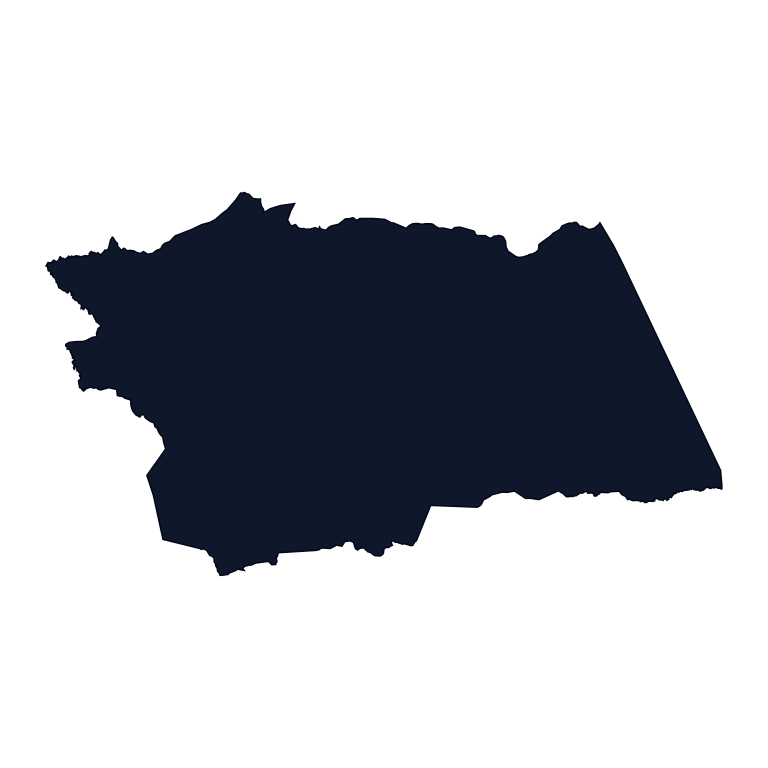 Mwingi East, Eastern, Kenya
{"feature_id": "3690345B72019855775224", "entity_name": "Mwingi East", "entity_type": "district", "adm_level": 2, "iso_a3": "KEN", "parent_name": "Kenya", "parent_adm1": "Eastern", "projection": "mercator", "projection_center": [38.382, -0.927], "detail": "fine", "context": "isolated", "style": "filled", "palette": "ink", "viewbox_px": 768, "rotation_deg": 0, "n_neighbors": 0, "source": "geoboundaries", "source_scale": "gbopen_adm2", "svg_char_len": 5980}
<svg xmlns="http://www.w3.org/2000/svg" viewBox="0 0 768 768"><path d="M599.9,222.8L598.8,224.5L594.1,228.3L590.0,229.4L588.0,229.2L582.3,226.2L579.8,226.3L576.7,222.6L574.1,222.3L573.7,223.1L569.6,223.1L565.9,224.2L565.0,225.0L564.0,225.0L562.0,226.0L559.9,229.5L553.0,233.4L550.6,236.0L539.8,243.8L538.9,244.9L538.5,249.6L536.3,252.0L531.9,254.2L529.5,254.4L527.5,255.6L522.0,257.2L518.3,257.4L515.7,256.5L507.9,251.1L506.1,247.0L505.5,241.1L503.6,237.4L502.2,236.3L498.5,235.4L497.0,236.0L494.1,236.1L492.0,237.7L489.8,238.3L485.4,235.6L477.3,235.6L475.2,234.0L474.7,232.0L473.8,231.0L459.7,227.1L454.7,227.6L452.5,229.4L451.2,229.8L442.8,228.0L439.1,228.3L435.7,226.5L433.0,224.3L431.1,223.8L425.3,223.7L422.3,224.3L417.0,223.4L412.6,223.8L408.6,225.9L406.4,228.4L393.5,223.0L391.5,222.8L384.8,219.4L373.6,218.5L359.7,218.5L358.1,219.7L355.8,220.1L354.1,218.2L352.8,217.7L349.4,218.7L345.4,218.9L338.7,224.2L331.2,226.0L328.4,227.6L326.2,230.0L324.4,230.0L320.4,228.7L319.6,226.9L318.4,229.1L317.7,229.2L316.5,228.1L315.0,227.7L309.0,229.4L308.4,229.0L305.7,229.4L304.1,228.5L301.0,228.7L298.1,227.8L295.6,224.6L291.0,226.0L287.5,219.9L290.9,210.6L294.6,203.6L280.3,205.6L270.3,208.7L264.2,212.4L263.4,209.2L261.6,206.5L260.6,202.5L260.4,198.9L258.9,199.2L252.9,198.5L248.9,194.2L246.6,193.9L244.8,192.6L243.8,192.6L241.8,193.4L240.8,192.9L240.3,193.4L235.7,200.1L227.1,209.9L222.2,213.5L215.5,219.4L210.2,222.3L201.8,224.6L191.1,229.7L175.1,235.9L169.8,241.5L165.3,243.1L163.0,244.8L160.6,248.9L156.1,250.6L153.1,253.1L147.8,254.3L143.4,251.5L140.6,253.4L137.0,252.7L133.7,250.8L130.6,250.4L126.9,250.7L124.8,248.7L123.5,248.3L121.6,250.5L117.7,246.3L117.4,243.3L115.6,241.7L113.1,237.6L112.3,237.2L110.6,240.0L108.4,248.7L107.2,250.2L105.0,250.0L102.8,252.9L100.7,254.7L99.8,254.6L98.3,252.9L97.6,252.7L97.3,253.3L95.8,253.6L94.5,252.6L92.4,252.3L91.2,251.5L89.2,253.4L89.5,255.3L87.0,256.1L85.0,255.5L83.6,256.2L81.2,256.6L80.2,257.3L79.7,256.4L76.7,255.8L76.0,255.8L76.7,256.8L76.0,257.2L74.9,256.4L73.0,256.7L71.6,256.1L70.3,257.4L68.9,256.2L68.2,256.4L69.1,257.6L66.6,258.0L66.7,258.7L65.4,259.4L63.4,258.3L61.8,258.6L60.6,256.9L60.0,256.9L59.1,258.9L59.8,259.8L58.5,260.1L56.2,262.0L54.7,260.6L53.4,260.2L52.9,261.5L51.8,262.0L51.5,262.8L47.9,262.6L46.1,266.0L47.5,266.4L48.1,270.4L48.7,271.0L49.9,270.5L50.8,273.2L50.5,274.0L51.0,274.5L52.0,273.9L52.8,276.4L55.2,278.4L56.2,281.0L56.1,282.1L57.6,283.6L58.8,287.7L61.4,288.9L63.0,290.5L64.4,290.6L67.5,293.0L68.2,292.7L69.1,290.2L70.4,291.9L72.1,292.0L71.2,293.1L71.3,295.1L71.7,295.4L72.7,294.8L73.4,296.0L72.6,297.2L73.3,298.6L73.9,298.5L75.1,300.2L76.4,300.4L78.1,301.5L79.0,303.4L80.7,303.8L81.5,305.5L81.0,308.5L82.3,308.1L83.0,309.4L83.7,309.5L83.7,308.7L86.3,307.2L86.8,308.9L87.5,309.0L88.1,310.1L89.0,313.9L89.7,314.2L91.8,313.5L93.3,315.1L94.1,317.3L94.8,317.7L94.8,318.9L95.8,319.8L96.0,321.4L100.7,325.2L100.9,326.2L98.1,328.5L96.5,333.5L96.8,336.3L95.8,336.8L92.3,337.4L85.8,340.7L83.3,341.5L76.3,341.6L69.2,342.4L65.9,344.2L65.7,344.8L65.8,346.1L67.8,347.7L67.1,349.0L69.2,349.4L69.8,349.9L70.9,353.2L72.0,354.1L71.8,355.3L72.5,355.7L72.5,358.2L73.4,358.4L75.1,360.3L73.1,361.0L72.2,362.1L74.3,365.9L73.5,367.6L74.1,369.3L74.7,369.0L74.6,367.6L75.7,365.8L76.8,367.5L77.0,370.9L78.4,370.8L78.9,372.4L80.4,373.6L79.5,375.4L79.7,376.1L80.4,376.2L80.6,379.1L78.6,380.6L78.5,381.2L79.6,387.6L81.0,387.9L82.1,389.8L82.6,390.3L83.4,389.9L83.8,391.0L86.1,388.7L90.4,387.2L93.5,388.1L96.6,387.8L97.8,389.0L100.3,390.0L108.7,387.7L116.4,389.4L116.8,390.0L117.3,395.3L118.8,396.0L122.5,396.4L125.1,398.3L129.6,399.6L130.8,400.5L130.9,404.9L131.9,408.9L132.9,411.2L135.7,414.7L139.6,417.0L140.2,416.9L140.8,415.6L142.0,414.6L143.8,414.7L145.5,418.1L150.4,421.5L153.9,422.8L155.0,426.7L157.3,428.4L158.5,431.7L160.3,434.6L162.8,437.1L163.7,442.5L165.7,448.9L146.9,475.4L153.4,495.3L163.0,539.4L199.8,548.5L201.5,549.5L202.9,548.7L206.6,550.2L209.8,555.5L212.1,556.1L213.8,558.0L214.3,560.2L214.0,561.5L215.2,563.1L216.0,566.4L217.2,568.2L217.6,571.2L219.5,573.4L219.9,575.2L221.3,575.4L228.1,574.4L229.1,573.1L235.5,570.6L238.1,568.8L239.2,569.5L244.1,570.4L243.0,569.0L243.1,568.1L244.6,566.3L249.1,565.1L251.1,565.1L255.9,563.0L268.5,561.4L271.8,564.7L275.7,564.5L276.1,562.8L277.0,561.5L276.0,557.6L277.2,556.8L278.3,552.7L315.7,550.4L319.0,549.7L321.1,548.2L323.3,548.0L330.1,548.5L336.7,545.1L341.9,546.2L344.8,541.6L349.9,540.8L353.4,542.3L355.5,548.7L357.5,550.0L360.1,548.2L364.5,547.9L365.5,549.9L366.8,550.4L367.5,551.6L370.7,552.6L374.6,555.6L380.2,556.0L382.7,554.4L383.5,552.7L383.8,549.6L385.7,547.4L388.7,547.5L389.8,546.4L392.4,545.3L391.4,543.3L391.9,540.8L392.7,540.4L395.1,542.2L396.3,542.1L402.7,544.2L404.3,543.7L411.5,545.7L412.8,545.3L415.1,541.6L416.3,540.9L430.7,505.4L477.3,507.2L479.9,505.8L481.5,504.1L483.4,500.0L490.1,496.3L491.8,494.8L501.9,492.2L507.9,492.3L513.8,491.1L515.4,491.6L525.6,498.4L530.6,498.3L538.9,499.6L558.4,490.8L563.4,493.8L566.2,496.6L568.4,496.7L571.2,496.3L572.8,496.6L574.0,495.9L576.2,495.7L580.4,492.9L582.6,493.2L583.5,492.3L586.5,491.3L587.2,491.6L587.7,493.2L591.5,492.9L594.1,494.1L593.9,495.5L595.0,496.2L597.0,495.6L597.8,494.3L599.0,494.1L600.7,492.3L608.0,492.7L610.8,491.7L619.3,491.2L621.6,494.4L625.5,496.4L627.8,499.7L629.6,499.2L632.6,500.6L636.8,500.4L639.8,500.9L640.9,501.6L643.0,500.9L644.3,502.3L646.2,502.6L648.8,501.1L653.3,501.4L653.8,500.7L654.8,500.7L654.6,499.0L656.4,498.3L660.0,500.0L661.8,499.8L663.0,500.5L664.2,499.1L665.9,498.8L666.9,500.3L668.7,499.2L668.8,498.0L669.8,497.3L671.3,497.5L672.9,494.8L673.7,494.7L674.1,493.3L676.0,493.4L677.8,491.2L678.8,492.2L680.0,491.1L682.5,491.4L683.7,490.4L689.1,489.9L690.1,489.0L691.3,489.5L691.9,488.2L694.3,489.7L696.2,490.1L697.3,489.7L700.2,491.1L703.6,489.9L706.6,487.1L710.7,488.5L713.2,487.4L714.1,488.0L717.1,487.1L717.9,488.3L719.5,488.2L721.5,489.1L721.9,488.7L721.8,484.5L720.6,470.5L621.6,261.6L613.3,245.3L599.9,222.8Z" fill="#0f172a" stroke="#020617" stroke-width="1.5"/></svg>